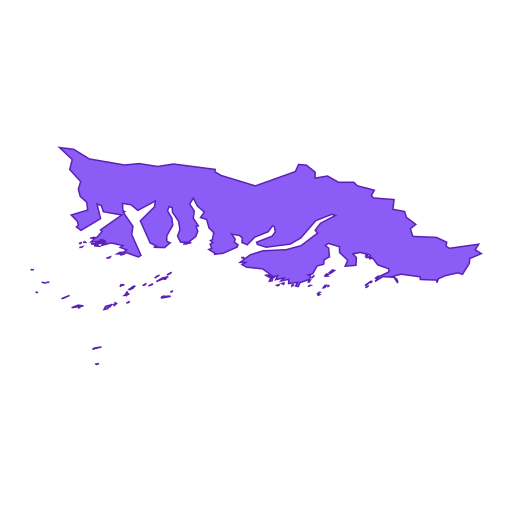 the district of Reykhólahreppur, Vestfirðir, Iceland
{"feature_id": "244011B19971250001035", "entity_name": "Reykhólahreppur", "entity_type": "district", "adm_level": 2, "iso_a3": "ISL", "parent_name": "Iceland", "parent_adm1": "Vestfirðir", "projection": "robinson", "projection_center": [-22.458, 65.5], "detail": "fine", "context": "isolated", "style": "filled", "palette": "violet", "viewbox_px": 512, "rotation_deg": 0, "n_neighbors": 0, "source": "geoboundaries", "source_scale": "gbopen_adm2", "svg_char_len": 6111}
<svg xmlns="http://www.w3.org/2000/svg" viewBox="0 0 512 512"><path d="M481.3,253.6L475.2,249.8L478.7,244.2L449.5,248.3L446.1,246.3L446.7,242.2L436.5,237.4L412.8,236.4L410.4,228.7L415.8,224.4L406.4,217.3L404.6,211.5L392.9,209.3L394.1,199.6L373.2,197.9L371.4,195.3L374.3,190.2L357.4,185.8L353.8,182.3L338.6,182.3L327.5,176.0L315.1,178.1L315.1,172.1L306.3,165.1L298.6,164.5L295.3,171.6L255.3,185.9L220.9,175.4L214.8,171.7L215.2,169.4L173.5,164.0L157.7,166.5L139.2,163.6L124.5,165.0L89.2,158.9L73.7,149.3L59.5,147.5L72.2,159.5L69.7,169.5L80.7,181.6L78.3,189.0L80.2,196.4L86.8,202.3L87.6,210.1L71.2,215.0L77.2,221.1L78.5,225.1L76.4,227.0L81.0,230.4L100.6,218.6L97.0,204.0L101.4,205.6L103.3,211.7L121.8,215.0L100.5,229.9L102.0,231.6L96.5,237.7L93.4,237.4L90.2,238.3L95.0,237.9L91.0,242.0L101.3,241.0L96.1,242.1L95.5,243.2L97.0,242.5L103.2,242.3L102.5,240.7L99.2,240.3L101.3,239.6L104.6,240.5L103.3,242.5L106.4,241.7L102.2,244.8L111.5,243.0L122.9,245.6L120.2,247.4L126.8,249.9L123.5,252.2L119.7,252.4L117.1,253.9L123.3,254.0L121.0,254.6L120.4,255.2L124.1,254.1L126.1,252.6L138.4,257.0L141.0,255.4L131.7,234.5L133.0,226.4L123.4,212.5L124.8,211.6L122.9,210.7L122.5,203.4L131.2,204.8L137.8,210.4L155.3,201.0L154.5,206.8L140.3,220.9L150.2,243.0L156.6,246.1L153.7,247.3L164.6,247.6L170.2,242.8L166.8,241.4L166.8,235.8L172.8,225.2L171.9,218.2L167.5,210.7L169.2,206.5L172.3,207.8L172.4,212.1L178.6,221.3L179.9,229.7L177.5,236.0L180.5,242.1L188.3,242.4L195.7,236.6L197.8,231.4L196.1,226.3L198.4,225.9L193.3,218.2L194.3,211.1L189.7,204.0L193.3,198.1L197.3,205.9L204.3,212.1L200.5,217.6L206.6,219.4L209.1,228.1L213.7,232.5L212.4,239.8L210.4,240.5L212.8,242.7L210.1,244.1L211.8,248.3L208.8,249.5L216.0,253.9L213.9,254.4L223.0,253.3L237.1,247.1L238.0,244.6L234.4,242.3L235.2,239.1L231.6,234.1L239.5,235.5L242.3,238.1L241.9,242.5L247.2,244.8L254.8,237.1L268.1,231.8L272.4,226.0L274.3,226.5L275.3,231.9L272.1,236.2L256.6,242.2L257.4,244.4L266.1,247.2L290.2,244.1L300.8,238.0L315.8,220.6L331.9,214.3L335.4,215.4L320.5,223.3L315.2,230.2L317.5,233.2L301.0,245.7L286.2,249.7L263.0,250.8L250.2,254.8L240.1,262.4L245.5,262.5L242.0,264.6L246.6,267.2L262.7,268.9L273.1,276.6L277.7,275.6L275.6,279.7L284.0,277.9L280.9,281.0L288.7,279.3L288.6,283.6L297.6,282.4L295.6,286.0L298.2,286.6L300.0,282.6L309.6,279.3L310.6,276.0L308.1,274.9L312.7,273.8L317.2,265.9L323.6,264.3L324.2,259.8L329.5,256.8L328.6,248.1L325.3,245.5L328.3,243.4L339.4,246.7L339.6,252.6L347.8,260.2L345.1,266.2L356.0,265.3L356.4,257.6L352.9,253.8L360.2,252.5L368.8,254.5L370.3,255.7L367.8,257.5L371.9,257.3L369.2,258.9L372.9,258.3L377.7,264.9L388.8,268.8L388.9,271.8L378.6,276.8L375.1,281.4L382.9,276.6L393.7,277.3L392.2,276.6L401.0,274.2L420.1,276.8L420.3,279.5L436.8,280.1L436.8,282.7L438.6,278.6L445.2,275.7L457.6,272.9L462.5,274.3L469.4,263.3L469.7,258.6L481.3,253.6ZM83.5,305.9L78.2,305.1L71.6,307.7L83.5,305.9ZM156.3,281.6L168.4,276.6L162.3,278.0L156.3,281.6ZM109.0,305.4L105.6,306.3L104.0,309.5L107.7,308.7L109.0,305.4ZM334.6,270.5L332.4,269.9L329.0,272.9L330.3,273.5L334.6,270.5ZM272.7,278.5L270.1,279.3L269.3,281.3L272.2,280.7L272.7,278.5ZM102.7,243.0L98.1,242.9L97.0,243.4L97.1,243.9L95.8,243.6L92.2,243.5L91.1,244.0L95.7,244.2L102.7,243.0ZM99.0,246.3L97.5,244.9L94.1,245.8L99.0,246.3ZM275.0,277.4L269.0,276.8L269.9,277.6L275.0,277.4ZM43.4,282.5L41.6,282.3L46.4,283.2L43.4,282.5ZM326.4,285.3L324.8,285.5L323.2,287.8L324.8,287.6L326.4,285.3ZM101.5,346.9L94.5,348.0L92.4,349.3L101.5,346.9ZM366.3,285.1L371.3,281.0L365.0,285.3L366.3,285.1ZM135.3,285.9L132.9,286.5L130.9,288.1L133.1,287.7L135.3,285.9ZM170.7,296.4L167.9,296.0L161.4,298.1L170.7,296.4ZM126.4,295.3L129.3,293.8L126.5,294.2L126.3,294.9L126.0,294.1L124.3,295.4L126.4,295.3ZM63.5,298.3L69.6,295.4L61.5,298.7L63.5,298.3ZM309.9,285.3L307.9,286.6L310.6,285.4L309.9,285.3ZM270.3,275.7L267.5,274.9L269.3,275.8L266.5,275.0L265.7,275.3L268.4,276.8L270.3,275.7ZM124.3,284.8L121.0,284.6L120.0,286.8L121.0,285.7L124.3,284.8ZM133.7,287.8L130.2,288.5L128.9,289.4L129.6,289.8L133.7,287.8ZM152.4,284.5L152.2,284.0L148.4,286.0L152.4,284.5ZM191.3,242.7L188.7,242.4L187.0,243.6L191.3,242.7ZM327.7,276.0L326.3,275.4L324.5,276.4L327.7,276.0ZM283.6,284.4L284.0,282.9L281.7,283.5L283.6,284.4ZM96.3,364.5L99.0,363.6L95.9,364.0L96.3,364.5ZM160.9,297.9L165.5,295.9L162.2,296.5L160.9,297.9ZM291.9,286.2L294.1,284.7L291.9,285.1L291.9,286.2ZM313.2,276.8L314.5,275.3L311.3,278.2L313.2,276.8ZM101.5,245.4L105.2,244.5L107.2,244.1L101.8,245.0L101.5,245.4ZM377.8,276.9L377.8,276.4L374.9,278.5L377.8,276.9ZM80.3,243.6L81.8,242.4L79.0,243.4L80.3,243.6ZM328.0,274.5L326.7,273.8L325.5,275.1L328.0,274.5ZM116.6,303.5L115.2,302.7L114.9,305.0L116.6,303.5ZM243.7,257.5L241.2,257.5L244.0,258.4L243.7,257.5ZM109.8,307.0L112.1,304.2L109.1,305.9L109.8,307.0ZM142.6,285.6L145.0,284.8L146.4,283.4L142.6,285.6ZM319.9,292.4L319.1,292.3L316.9,294.3L319.9,292.4ZM109.6,257.9L110.3,256.9L106.4,258.1L109.6,257.9ZM187.1,242.9L183.8,244.0L183.1,244.1L185.3,244.0L186.4,243.6L186.5,243.8L187.1,242.9ZM397.7,283.0L397.5,280.7L396.7,279.1L395.1,277.8L394.1,277.4L397.7,283.0ZM366.6,257.1L367.2,255.8L365.8,256.8L366.6,257.1ZM33.9,269.7L31.4,269.6L30.7,269.9L33.9,269.7ZM165.3,279.2L166.8,278.1L163.5,279.3L165.3,279.2ZM154.7,278.1L157.3,276.4L159.6,275.1L156.5,276.5L154.7,278.1ZM85.6,242.4L84.8,241.6L83.3,242.4L85.6,242.4ZM277.7,285.8L279.8,284.4L276.7,285.3L277.7,285.8ZM369.9,282.7L371.2,282.3L372.3,281.0L369.9,282.7ZM114.6,304.1L113.9,304.3L112.7,305.2L114.6,304.1ZM365.2,255.5L367.1,255.4L367.2,254.8L365.2,255.5ZM126.4,303.1L128.5,302.5L129.7,301.3L126.4,303.1ZM319.8,294.6L318.9,294.2L317.7,295.6L319.8,294.6ZM171.6,292.0L172.8,290.7L170.4,292.0L171.6,292.0ZM127.6,293.0L127.0,291.9L126.2,293.1L127.6,293.0ZM310.3,280.3L308.7,280.9L308.3,282.0L309.2,282.1L310.3,280.3ZM79.3,247.6L82.0,247.1L82.3,246.8L79.3,247.6ZM365.3,287.6L366.7,287.2L368.8,285.6L365.3,287.6ZM48.2,282.1L46.3,282.4L49.3,282.3L48.2,282.1ZM327.2,286.7L328.7,286.2L329.2,285.2L327.2,286.7ZM166.8,275.0L170.0,273.7L171.6,272.2L166.8,275.0ZM38.0,292.6L36.6,292.1L35.6,292.3L38.0,292.6ZM79.9,307.6L80.4,307.3L77.9,308.1L79.9,307.6Z" fill="#8b5cf6" stroke="#5b21b6" stroke-width="1.5"/></svg>